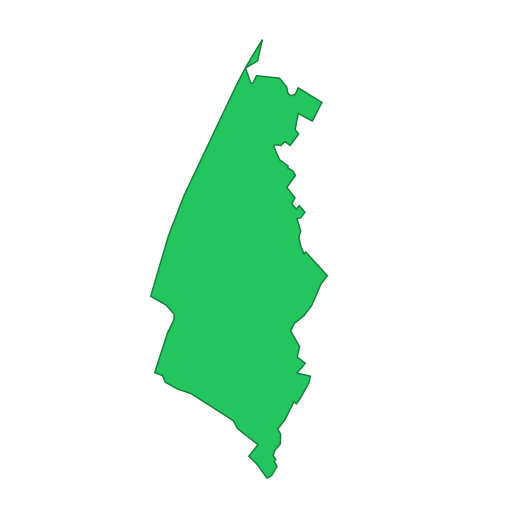 the district of Leixlip Lea-3, Kildare, Ireland, rotated 108°
{"feature_id": "5873133B28056966648510", "entity_name": "Leixlip Lea-3", "entity_type": "district", "adm_level": 2, "iso_a3": "IRL", "parent_name": "Ireland", "parent_adm1": "Kildare", "projection": "equal_earth", "projection_center": [-6.507, 53.374], "detail": "fine", "context": "isolated", "style": "filled", "palette": "green", "viewbox_px": 512, "rotation_deg": 108, "n_neighbors": 0, "source": "geoboundaries", "source_scale": "gbopen_adm2", "svg_char_len": 1212}
<svg xmlns="http://www.w3.org/2000/svg" viewBox="0 0 512 512"><g transform="rotate(108 256 256)"><path d="M255.1,182.9L252.8,182.0L236.8,209.9L239.1,210.9L233.5,216.0L224.8,221.1L218.4,221.2L207.9,228.6L205.9,225.3L199.3,223.0L194.7,230.5L198.9,232.0L195.4,238.1L188.6,236.9L181.2,247.9L167.2,243.4L163.8,247.1L162.3,253.3L160.6,253.1L157.2,263.3L146.6,272.9L144.1,272.1L143.3,266.6L138.3,263.9L140.3,257.7L126.8,253.1L123.7,257.8L107.5,259.9L110.3,244.1L89.6,240.8L83.0,267.8L90.0,268.6L92.9,272.5L91.3,276.0L85.8,279.0L79.6,288.7L84.4,311.2L92.4,312.4L93.3,314.3L80.4,324.1L69.9,314.8L48.2,316.8L69.9,322.0L84.7,325.0L100.7,327.6L220.5,343.1L264.1,345.5L326.9,343.7L330.5,326.1L336.8,315.6L342.3,314.4L356.7,316.4L398.3,316.3L398.6,307.9L404.0,303.5L406.7,290.0L407.0,275.0L419.6,226.7L426.0,220.1L434.8,195.8L448.7,201.0L453.5,191.1L463.8,176.9L460.0,173.3L449.6,171.0L445.6,175.3L443.3,174.3L440.7,178.2L434.9,178.0L427.1,174.8L417.9,177.5L413.8,181.8L402.9,177.9L382.8,174.9L384.2,172.0L378.0,170.0L360.6,166.5L353.5,167.1L354.7,181.0L342.8,175.9L339.4,185.6L328.8,186.5L316.6,199.9L308.2,198.7L298.3,192.1L285.6,187.7L262.2,185.5L255.1,182.9Z" fill="#22c55e" stroke="#15803d" stroke-width="1.5"/></g></svg>